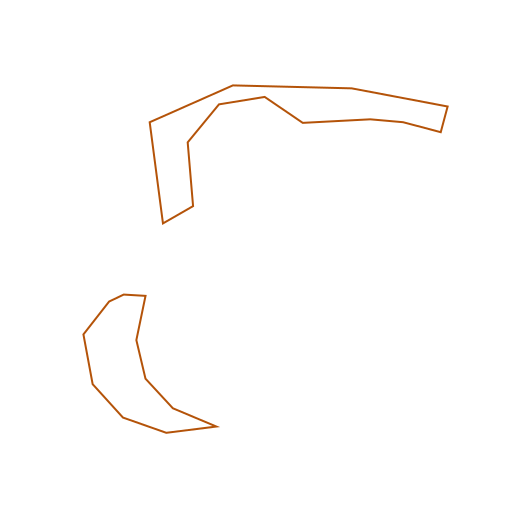 outline of Cocos (Keeling) Islands, rotated 105°
{"feature_id": "IOA-1928", "entity_name": "Cocos (Keeling) Islands", "entity_type": "Province", "adm_level": 1, "iso_a3": "IOA", "parent_name": "Indian Ocean Territories", "parent_adm1": "", "projection": "albers", "projection_center": [96.87, -12.163], "detail": "fine", "context": "isolated", "style": "outline", "palette": "amber", "viewbox_px": 512, "rotation_deg": 105, "n_neighbors": 0, "source": "natural_earth", "source_scale": "10m", "svg_char_len": 473}
<svg xmlns="http://www.w3.org/2000/svg" viewBox="0 0 512 512"><g transform="rotate(105 256 256)"><path d="M224.1,329.7L248.6,354.3L154.3,393.3L97.2,322.5L69.3,207.0L62.0,109.6L88.6,109.6L88.7,148.6L94.4,181.0L115.3,245.3L100.1,288.8L119.1,331.0L163.9,351.4L224.1,329.7ZM376.4,402.4L338.0,386.1L327.5,373.8L323.1,352.4L368.2,349.8L403.1,331.0L424.6,296.9L431.0,250.2L450.0,296.9L446.5,342.7L422.1,380.6L376.4,402.4Z" fill="none" stroke="#b45309" stroke-width="2"/></g></svg>